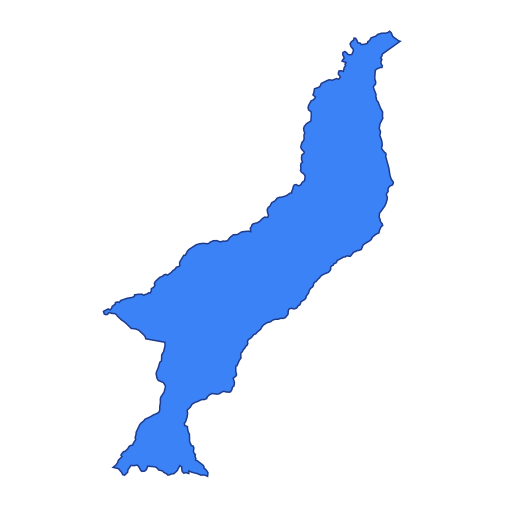 the district of Abreulândia, Tocantins, Brazil, rotated 267°
{"feature_id": "56859067B26958267589192", "entity_name": "Abreulândia", "entity_type": "district", "adm_level": 2, "iso_a3": "BRA", "parent_name": "Brazil", "parent_adm1": "Tocantins", "projection": "mercator", "projection_center": [-49.306, -9.465], "detail": "fine", "context": "isolated", "style": "filled", "palette": "blue", "viewbox_px": 512, "rotation_deg": 267, "n_neighbors": 0, "source": "geoboundaries", "source_scale": "gbopen_adm2", "svg_char_len": 6084}
<svg xmlns="http://www.w3.org/2000/svg" viewBox="0 0 512 512"><g transform="rotate(267 256 256)"><path d="M462.9,411.2L463.5,409.6L468.1,404.0L471.7,402.8L473.5,401.2L472.3,399.5L471.8,397.6L471.9,393.0L471.0,389.3L469.3,387.1L467.8,382.3L465.0,380.5L464.3,378.9L462.7,378.6L461.9,376.0L461.6,372.2L463.2,371.2L463.6,368.8L466.3,368.0L468.2,366.9L468.5,365.3L466.6,364.8L464.6,362.1L462.9,361.1L460.1,361.8L457.4,363.9L455.8,364.0L452.3,362.3L451.9,360.2L452.6,358.3L454.3,357.1L455.6,355.4L454.6,353.4L452.3,353.2L450.3,354.1L448.6,354.3L447.5,352.9L446.1,352.1L444.5,356.1L442.9,354.9L441.4,355.4L439.7,354.0L435.8,352.9L436.5,350.8L436.5,348.6L434.5,347.8L432.9,347.9L431.8,348.9L430.1,349.6L428.2,347.7L429.0,345.8L427.5,341.2L428.2,338.4L427.5,336.3L424.9,330.2L421.9,328.7L420.9,326.7L420.0,323.2L415.7,322.2L413.9,321.3L411.7,323.7L410.0,322.6L408.6,320.9L408.1,319.2L403.6,316.4L401.6,315.8L399.2,316.1L397.2,318.5L394.8,318.7L388.0,317.9L385.5,313.4L382.7,310.9L380.6,310.2L378.1,310.5L376.4,311.2L374.5,310.3L369.9,310.1L368.3,309.1L366.8,307.7L362.5,306.4L360.3,307.1L357.2,309.7L355.8,309.1L354.7,307.2L352.1,306.6L349.6,306.6L347.3,307.4L346.1,305.8L344.0,305.3L341.1,305.4L339.1,304.9L337.6,305.6L335.2,308.2L333.9,309.0L332.3,309.2L328.5,308.3L327.8,306.8L326.7,305.7L325.2,304.8L324.1,303.4L324.0,301.8L325.3,299.8L324.9,297.9L323.2,296.8L320.8,296.2L318.8,295.1L317.1,294.9L317.0,293.3L314.8,289.7L314.2,287.9L313.4,284.6L313.4,282.4L312.7,280.2L310.0,277.8L308.4,274.5L305.1,272.6L303.9,270.8L301.7,269.6L298.4,269.9L295.9,270.7L293.9,269.5L294.4,266.8L293.1,264.4L290.3,261.4L289.1,258.9L288.3,254.9L287.3,253.6L285.7,253.1L284.1,251.8L280.6,252.0L281.2,249.7L281.0,244.7L280.7,242.6L278.4,238.6L278.4,234.5L276.0,231.1L272.9,228.4L272.3,226.0L272.7,223.9L272.1,222.3L272.2,220.3L273.4,217.8L273.5,214.2L272.1,210.7L271.0,209.5L270.8,207.7L271.4,204.0L271.2,200.5L270.4,196.9L266.1,189.5L264.2,187.6L260.4,185.5L260.5,183.9L253.8,179.4L250.1,179.3L249.4,177.9L249.0,175.9L246.9,174.3L245.8,172.3L244.0,170.5L242.5,168.2L241.5,166.5L242.4,165.1L242.0,163.2L240.7,161.6L239.6,158.6L235.7,154.0L233.8,153.0L232.2,153.6L230.1,152.2L228.9,149.8L226.4,149.5L224.6,148.5L224.9,146.8L223.7,145.2L223.4,143.3L222.5,141.9L223.8,140.3L223.9,136.2L223.6,132.7L222.0,132.4L221.2,130.6L220.5,125.0L218.6,118.5L216.8,117.0L217.4,115.2L216.9,113.2L215.2,112.8L213.3,109.8L211.5,109.1L209.8,107.7L210.9,105.6L208.7,100.8L206.0,101.4L205.3,102.9L205.4,104.5L207.2,106.4L206.2,109.2L205.9,111.9L205.0,113.3L203.0,114.7L198.9,118.6L197.7,120.4L195.2,123.1L190.2,127.6L189.5,131.8L188.1,135.0L183.1,139.8L181.1,141.2L179.1,141.5L174.6,160.5L171.3,160.5L165.4,158.8L162.3,156.7L156.2,156.1L154.9,154.4L150.2,152.8L145.0,150.4L143.2,150.1L138.9,150.8L136.8,152.0L134.5,156.8L131.5,158.6L129.9,158.7L124.7,157.0L120.3,153.7L118.5,153.0L114.1,152.8L110.7,152.0L107.3,151.8L105.1,150.9L103.9,148.7L102.4,144.6L101.2,142.7L98.8,136.6L97.4,135.5L95.0,132.3L93.5,131.0L86.3,127.1L84.2,126.9L80.9,125.8L79.1,126.3L75.1,123.5L73.6,122.9L73.3,120.6L72.4,119.2L70.4,118.0L67.8,115.2L67.6,113.5L66.0,111.9L64.2,110.7L62.7,111.7L59.4,108.0L56.6,106.8L54.7,105.3L52.4,102.2L50.9,107.4L47.1,110.4L44.6,111.5L44.0,113.4L46.8,116.5L49.2,116.9L53.4,120.2L53.0,123.6L53.5,126.0L52.3,127.6L47.9,129.7L46.9,130.7L47.0,133.5L48.0,134.9L49.2,135.8L51.8,136.9L50.7,144.3L49.8,145.8L47.4,147.6L46.2,151.5L44.7,152.6L43.1,155.5L41.9,156.3L42.0,158.3L42.8,160.2L42.9,162.6L45.8,166.1L50.7,168.9L49.2,170.7L46.5,170.7L44.6,171.1L42.8,172.6L43.4,174.5L42.3,177.5L44.8,177.7L43.4,180.7L41.9,185.6L40.1,189.5L39.9,193.5L38.5,196.1L42.0,196.7L44.4,195.4L45.8,194.3L46.7,193.0L48.5,193.0L49.9,192.1L54.8,186.4L55.5,184.9L57.2,185.3L59.2,184.6L61.0,185.1L62.2,183.9L64.1,183.3L67.4,183.9L69.4,183.4L70.1,181.6L73.9,180.0L81.6,180.2L83.6,179.2L87.1,178.6L89.2,178.6L90.5,175.9L92.7,175.7L94.2,177.0L98.6,178.7L102.5,179.5L105.5,179.1L108.5,182.5L111.4,184.4L113.1,187.6L113.9,190.5L115.4,194.0L115.4,197.0L116.2,199.3L118.1,200.1L119.9,202.4L121.0,204.8L120.1,209.7L120.3,212.0L122.4,215.7L122.4,217.4L121.8,218.9L121.4,222.0L121.7,223.5L123.8,224.9L126.2,225.6L127.4,227.2L129.1,227.6L130.9,227.9L135.1,226.8L137.0,229.5L138.3,230.4L141.5,229.8L146.9,230.0L147.5,231.3L152.6,233.8L155.0,235.7L158.7,235.6L160.2,236.1L161.2,237.4L162.7,238.1L164.9,240.2L166.4,241.0L167.2,242.3L169.0,243.2L170.9,243.0L172.8,243.8L174.7,247.0L177.6,249.6L178.3,251.7L180.0,253.3L182.6,256.8L185.4,258.5L186.9,260.2L188.7,263.2L189.6,267.2L190.8,268.7L191.5,270.5L191.8,272.1L191.7,275.3L192.4,276.6L192.3,280.2L193.1,282.2L196.1,284.9L199.9,285.4L201.5,286.5L202.0,288.5L201.2,290.7L201.5,293.0L202.3,294.3L204.2,295.5L205.0,297.3L208.0,298.6L210.0,302.3L211.5,303.7L213.2,304.0L216.3,306.5L219.2,307.6L220.8,308.8L222.1,310.8L223.4,311.7L225.0,312.0L226.7,313.0L227.4,314.7L229.7,316.7L230.8,318.3L232.1,319.2L233.3,320.7L234.4,323.0L235.9,327.4L237.4,329.0L238.9,329.9L240.8,329.9L242.0,330.8L242.7,332.5L244.1,333.4L245.2,335.9L247.2,336.8L250.4,343.5L250.5,345.3L251.4,346.5L250.7,350.1L254.8,353.8L255.2,355.5L256.0,357.2L256.3,359.4L257.0,361.5L261.3,363.5L262.5,365.1L265.5,370.8L266.7,372.1L268.5,373.0L269.6,374.3L271.5,377.1L272.7,380.0L275.7,380.8L277.4,381.8L278.9,382.7L279.8,384.1L281.5,383.8L283.0,382.5L284.6,381.9L286.2,381.8L288.2,381.0L292.5,381.6L293.5,382.7L298.9,387.0L301.9,388.6L305.8,390.0L308.0,390.2L309.9,389.5L311.4,389.5L313.4,391.3L316.0,391.3L317.7,392.2L319.0,393.6L319.7,395.8L321.1,396.8L322.6,397.0L325.8,395.0L329.6,394.0L336.7,393.3L348.7,390.7L350.3,391.2L351.8,391.0L352.8,389.8L356.2,387.3L358.3,387.1L359.5,387.8L361.1,387.9L364.5,387.6L370.2,385.9L372.1,386.6L373.9,386.8L376.9,385.7L381.7,386.8L387.0,389.9L388.9,389.6L393.2,390.0L397.3,388.0L403.7,385.9L405.2,384.5L407.2,384.5L408.8,384.0L411.1,384.3L418.2,382.0L419.7,382.6L421.3,384.3L423.6,384.7L425.5,384.1L427.6,383.9L434.9,384.8L436.2,386.0L437.0,387.8L437.7,389.8L437.6,391.6L439.3,392.1L441.3,391.1L443.0,390.8L445.8,392.0L447.1,390.8L449.0,392.2L451.1,392.8L462.9,411.2Z" fill="#3b82f6" stroke="#1e3a8a" stroke-width="1.5"/></g></svg>